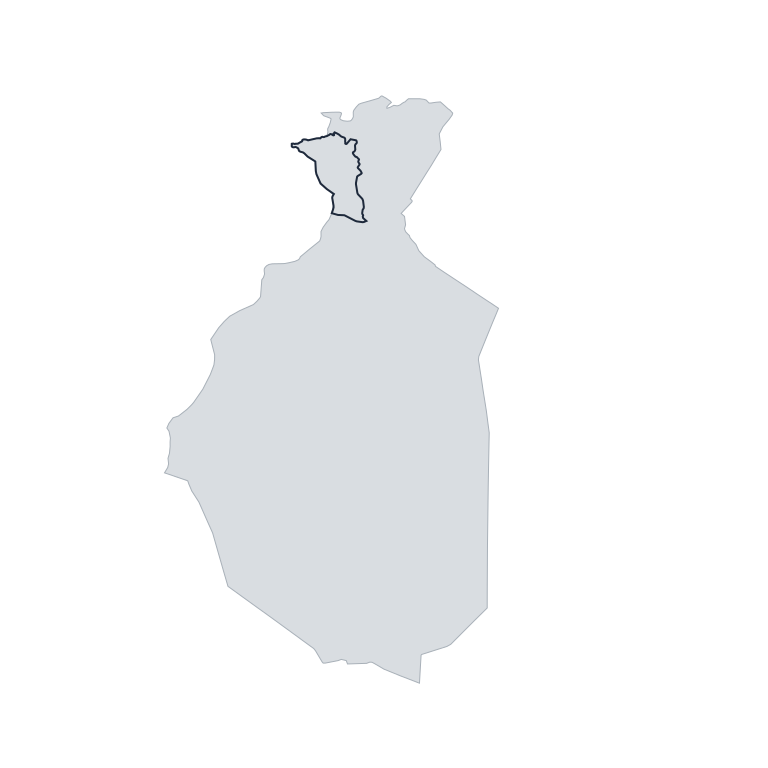 Dosso highlighted on a map of Niger, rotated 124°
{"feature_id": "NER-93", "entity_name": "Dosso", "entity_type": "Department", "adm_level": 1, "iso_a3": "NER", "parent_name": "Niger", "parent_adm1": "", "projection": "albers", "projection_center": [3.221, 13.177], "detail": "fine", "context": "in_parent", "style": "outline", "palette": "slate", "viewbox_px": 768, "rotation_deg": 124, "n_neighbors": 0, "source": "natural_earth", "source_scale": "10m", "svg_char_len": 5964}
<svg xmlns="http://www.w3.org/2000/svg" viewBox="0 0 768 768"><g transform="rotate(124 384 384)"><path d="M580.4,516.3L574.2,516.6L570.7,517.9L566.4,521.5L561.4,523.1L555.5,526.3L551.7,528.9L548.2,530.9L543.4,535.8L541.9,539.4L536.9,540.3L530.0,540.0L525.5,536.5L515.1,533.1L508.4,531.8L505.4,531.5L489.7,531.3L473.2,533.3L464.7,535.3L463.2,535.7L458.5,538.1L454.5,540.7L444.0,552.5L429.7,552.5L421.3,551.4L414.1,549.8L403.8,544.6L391.2,536.7L386.4,535.6L382.1,535.1L380.6,535.2L365.9,543.6L363.1,543.5L359.6,544.5L357.3,546.5L355.6,547.6L353.8,547.8L351.5,547.4L349.2,546.2L346.9,543.9L340.6,534.9L339.3,533.3L336.7,530.7L332.2,526.5L329.2,524.6L327.4,524.1L325.3,524.5L313.3,521.0L301.4,517.3L298.8,517.9L296.9,518.7L292.8,521.5L288.0,522.1L281.8,521.9L278.4,521.5L273.0,522.5L269.4,523.6L264.6,525.6L258.5,530.8L256.7,531.5L255.2,532.3L253.2,546.6L251.5,550.9L248.4,556.5L242.3,562.0L238.0,565.2L238.0,569.6L237.6,576.9L237.6,581.8L237.9,585.0L237.2,586.6L236.9,588.0L237.1,590.1L238.1,591.1L238.7,592.4L238.3,593.5L236.3,594.7L234.1,591.5L231.3,589.2L228.2,588.2L226.0,586.6L224.9,584.3L220.9,579.8L211.5,571.0L210.5,570.8L209.0,570.4L206.3,571.5L204.7,572.9L203.5,573.5L201.8,573.6L197.3,574.7L193.8,576.1L193.7,577.3L195.3,584.0L194.5,587.6L192.9,585.9L187.8,579.1L184.3,574.1L183.6,573.0L183.1,571.2L183.5,570.5L184.9,570.0L188.2,569.3L188.8,568.8L189.0,567.4L188.5,564.9L186.7,561.4L184.8,559.1L183.7,558.6L181.8,558.5L179.7,558.8L175.7,561.6L173.9,562.1L169.8,561.9L166.1,561.3L163.9,559.8L157.3,554.2L150.1,548.2L147.0,547.4L146.3,546.8L145.9,542.2L146.0,536.8L146.5,535.3L149.5,536.2L152.7,536.6L153.8,535.7L151.2,533.7L147.5,531.7L146.1,528.7L145.1,527.7L143.4,526.6L141.5,526.0L139.6,525.2L138.3,524.3L136.1,523.9L133.8,523.2L130.6,518.4L127.4,513.6L125.6,509.9L125.0,507.7L125.9,503.9L125.0,502.4L121.5,498.6L118.6,495.0L119.3,489.5L120.0,484.9L120.1,482.0L120.6,480.3L121.0,478.5L122.9,477.9L128.0,478.0L137.7,479.0L145.6,478.1L146.0,477.9L151.6,473.0L157.7,467.9L166.9,467.5L176.8,467.0L184.6,466.8L196.0,466.4L205.2,466.1L215.8,465.7L216.2,463.4L216.8,462.8L217.8,462.7L225.7,464.0L233.0,465.2L233.6,460.7L240.0,455.1L243.7,453.9L244.6,452.9L245.7,451.1L246.4,448.1L246.7,446.0L248.1,444.3L249.1,441.1L250.4,435.6L254.0,429.7L256.0,421.8L256.3,414.1L256.7,408.3L257.7,407.1L257.7,396.8L257.6,386.5L257.5,377.7L257.4,366.8L257.4,357.2L257.3,346.9L257.2,337.6L257.2,331.4L264.5,329.9L272.1,328.4L283.2,326.1L295.1,323.6L308.2,320.8L311.2,319.2L320.9,310.2L325.3,306.1L334.1,298.1L340.8,291.8L349.3,283.9L358.4,275.9L365.6,269.5L376.9,262.2L393.9,251.2L411.0,240.1L427.9,229.0L444.8,217.9L461.7,206.8L478.5,195.6L495.3,184.4L512.0,173.2L529.4,176.7L545.9,179.9L562.5,183.1L566.4,185.1L575.5,192.3L587.1,201.5L587.6,201.6L588.1,201.6L598.6,195.4L612.2,187.3L616.8,207.3L620.4,224.5L621.1,235.6L621.4,238.4L622.6,240.3L625.3,242.2L636.5,257.7L634.4,260.6L636.2,265.4L639.0,267.4L648.2,276.6L649.4,278.4L649.0,279.9L643.5,291.5L642.6,294.3L642.1,308.7L641.7,318.9L641.2,332.9L640.6,349.6L640.2,363.8L639.6,382.5L639.0,400.2L630.6,410.3L615.6,428.2L603.3,442.8L597.3,452.5L585.4,471.4L580.2,483.5L576.1,489.8L574.0,492.6L576.3,501.2L580.4,516.3Z" fill="#d9dde1" stroke="#a8b0b8" stroke-width="1"/><path d="M254.3,541.1L253.3,548.7L247.8,557.4L245.6,559.6L238.0,565.3L237.9,565.7L238.2,574.5L237.3,579.1L237.3,580.7L238.2,583.2L238.3,584.5L237.7,585.6L237.1,586.2L236.8,586.8L236.6,587.3L236.8,589.3L236.9,589.7L237.1,590.1L237.4,590.3L238.2,591.1L238.6,591.8L238.8,592.5L238.6,593.3L238.1,593.7L236.4,594.8L236.1,594.6L235.8,594.0L235.5,593.8L235.4,593.6L235.3,593.3L235.2,593.0L235.0,592.4L234.9,592.1L234.7,592.0L234.5,591.9L234.3,591.7L233.1,590.0L232.8,589.7L232.5,589.5L231.2,589.0L229.6,588.1L229.2,587.9L228.9,587.7L228.5,587.6L228.0,587.9L227.5,588.1L227.0,588.0L226.6,587.7L226.3,587.5L225.8,586.9L225.0,585.5L224.8,584.9L224.6,584.1L224.5,583.3L224.4,583.1L223.9,582.8L223.8,582.6L217.9,577.1L216.5,575.1L216.1,574.4L216.0,574.2L215.7,574.1L214.6,574.0L214.2,573.8L213.8,573.6L213.5,573.3L213.3,572.5L213.0,572.1L212.7,571.7L212.0,571.4L210.3,569.9L209.6,569.6L208.3,568.8L207.6,568.6L206.8,568.3L206.4,567.5L206.3,566.5L206.3,565.6L206.2,565.1L206.0,564.8L205.7,564.6L205.3,564.7L205.2,564.9L205.0,565.1L204.9,565.4L204.9,565.6L204.8,565.9L204.6,565.9L204.4,565.8L204.4,565.7L203.0,565.7L202.9,565.4L202.9,564.4L202.7,564.0L202.6,563.3L202.4,560.9L202.5,560.0L202.6,559.2L202.7,558.5L202.7,558.0L202.7,557.6L202.1,555.3L202.0,554.9L202.0,554.5L202.1,554.0L202.1,553.8L202.2,553.6L202.5,553.3L203.0,552.9L203.5,552.5L204.3,552.1L205.6,551.0L206.2,550.7L206.3,550.5L206.4,550.2L206.2,549.6L205.8,549.3L205.3,549.2L200.0,548.6L199.8,548.6L197.7,543.7L197.6,543.3L197.7,543.1L197.8,542.8L198.0,542.5L198.5,542.0L198.8,541.7L199.3,541.5L199.5,541.4L199.8,541.4L200.0,541.4L200.8,541.6L201.2,541.7L201.6,541.6L201.8,541.6L202.2,541.5L202.5,541.4L205.7,538.9L206.9,538.6L207.3,538.6L208.1,538.7L208.3,538.8L208.7,539.1L209.1,539.2L209.3,539.2L209.5,539.2L210.0,538.9L210.6,537.9L211.1,536.4L211.5,534.8L211.5,534.6L211.4,534.4L211.1,533.8L211.1,533.6L211.1,533.4L211.1,533.0L211.4,532.2L211.5,531.4L211.6,530.7L211.8,530.3L212.5,530.1L213.5,529.9L214.0,529.7L214.4,529.3L215.1,527.7L215.3,527.2L215.7,527.1L215.9,527.0L218.3,527.0L218.8,527.0L219.3,526.8L219.6,526.3L219.7,525.7L220.3,522.8L220.8,521.8L221.4,520.7L221.7,520.4L222.2,520.4L222.7,520.5L226.3,522.1L226.8,522.2L227.2,522.2L232.9,519.7L234.0,519.0L240.4,513.0L241.0,512.2L241.3,511.5L242.5,506.1L242.7,505.6L242.8,505.2L243.8,503.8L248.5,499.7L249.0,499.5L249.5,499.2L249.9,499.1L250.4,499.1L251.3,499.1L251.5,499.1L254.2,497.8L254.7,497.5L255.2,497.0L255.6,495.9L255.8,495.6L256.2,495.5L257.1,495.2L258.1,494.1L258.7,489.8L261.0,491.3L261.8,492.2L264.4,497.5L264.8,499.0L266.2,510.9L266.3,511.3L269.6,516.7L271.6,522.8L267.6,523.9L265.7,524.6L264.1,525.8L258.7,531.0L257.7,531.5L256.7,531.7L254.5,531.8L254.4,540.3L254.3,541.1Z" fill="none" stroke="#1e293b" stroke-width="2"/></g></svg>